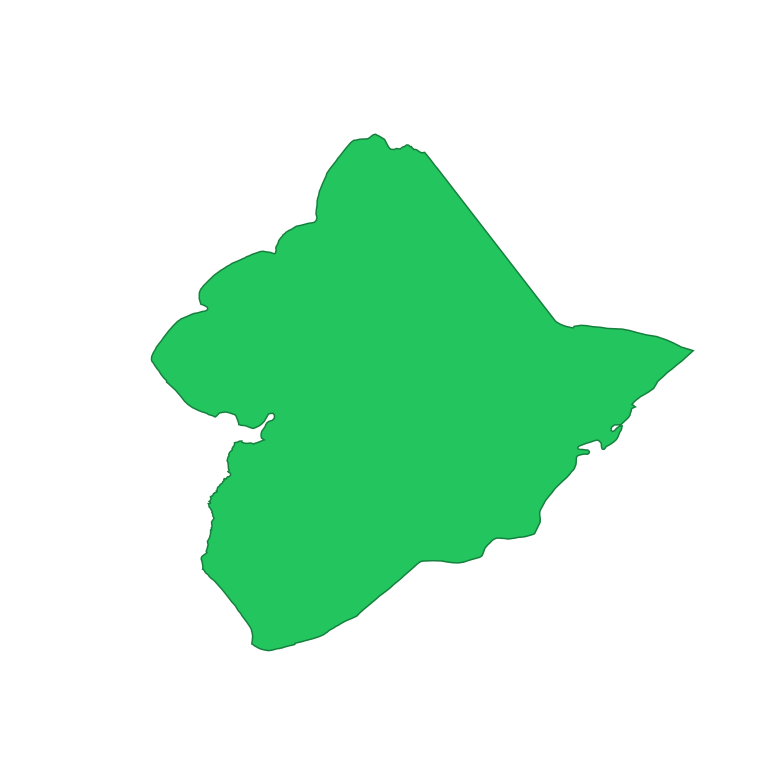 Prasat Sambour, Kâmpóng Thum, Cambodia, rotated 232°
{"feature_id": "14789045B86193170261556", "entity_name": "Prasat Sambour", "entity_type": "district", "adm_level": 2, "iso_a3": "KHM", "parent_name": "Cambodia", "parent_adm1": "Kâmpóng Thum", "projection": "natural_earth1", "projection_center": [105.145, 12.863], "detail": "fine", "context": "isolated", "style": "filled", "palette": "green", "viewbox_px": 768, "rotation_deg": 232, "n_neighbors": 0, "source": "geoboundaries", "source_scale": "gbopen_adm2", "svg_char_len": 6171}
<svg xmlns="http://www.w3.org/2000/svg" viewBox="0 0 768 768"><g transform="rotate(232 384 384)"><path d="M218.0,608.8L218.6,614.4L218.5,620.2L218.8,626.6L218.7,632.1L219.9,648.2L230.1,641.0L238.2,637.3L244.3,634.0L253.5,628.1L261.4,620.8L268.0,615.6L275.0,610.4L280.6,605.5L290.3,594.2L295.4,589.5L300.3,584.1L305.4,579.4L309.0,575.3L312.3,569.4L311.8,567.5L316.4,563.6L318.5,562.1L322.0,560.0L326.3,558.2L328.5,557.8L521.7,558.8L523.7,558.6L532.4,558.8L541.5,558.6L542.0,557.6L543.6,555.5L547.9,554.1L549.3,553.4L550.5,551.8L551.2,551.9L552.4,551.6L554.3,551.7L555.1,550.6L556.9,550.5L558.3,549.3L558.5,548.4L558.4,546.8L559.3,544.3L559.2,541.7L560.2,540.4L561.3,539.4L562.0,538.7L562.4,536.5L564.8,533.9L566.3,533.5L568.6,533.6L576.5,535.0L582.5,532.7L584.8,531.5L585.9,531.2L586.9,529.3L587.1,527.0L586.9,524.1L587.5,521.7L591.8,515.6L593.4,512.1L594.6,510.2L594.7,507.6L594.6,506.1L593.3,499.4L591.0,490.1L590.3,486.7L589.4,484.2L586.7,473.3L585.2,468.7L583.4,466.1L579.5,458.5L576.4,453.3L575.8,452.0L572.8,448.5L571.1,446.0L569.3,443.9L566.4,441.6L563.1,438.1L560.0,435.2L556.3,433.6L554.6,431.2L554.3,428.7L555.4,426.3L557.1,423.5L560.2,416.2L562.3,412.0L562.9,405.9L563.5,404.0L563.9,400.3L563.6,398.2L563.7,396.4L563.1,395.0L562.6,392.2L561.8,389.3L560.5,387.7L559.6,386.0L558.7,383.7L557.9,382.6L555.8,381.3L554.7,380.0L553.9,378.7L554.2,377.7L557.2,375.8L559.0,374.3L560.0,373.1L563.1,370.4L564.5,368.0L566.7,361.6L567.4,359.6L568.0,356.7L568.6,355.0L569.0,353.3L569.0,351.6L569.5,350.7L570.5,346.0L572.6,338.5L572.8,335.3L573.3,332.9L573.6,328.8L574.0,325.5L574.3,317.6L573.7,311.2L572.6,302.4L571.9,299.9L571.7,298.6L570.4,295.9L569.5,294.6L564.9,290.9L559.6,288.8L558.2,289.8L555.3,291.3L553.2,292.0L551.7,291.4L551.3,290.5L551.3,289.5L551.5,288.2L552.0,287.0L552.8,286.0L554.7,281.1L556.6,277.6L557.3,275.4L558.2,271.5L560.3,264.0L560.2,262.3L560.4,259.9L559.7,253.9L558.4,247.1L556.5,239.6L554.8,234.0L554.5,232.3L553.2,227.4L551.9,224.9L550.7,221.6L548.8,218.1L547.5,216.7L546.2,215.7L544.8,215.1L542.7,215.2L539.6,214.8L535.5,214.6L533.1,214.7L528.8,214.2L524.4,214.2L520.5,214.7L519.3,213.8L517.2,214.3L507.5,215.9L498.2,216.3L495.0,216.2L492.6,216.3L488.3,217.0L483.5,218.5L478.2,221.1L474.6,223.1L470.0,226.3L468.0,226.9L464.6,229.4L462.0,230.6L461.9,231.8L462.2,234.7L462.5,235.7L462.1,237.4L459.2,242.3L455.9,244.8L451.3,247.7L449.3,247.6L442.9,245.5L441.5,244.6L439.6,245.8L436.5,249.1L431.1,252.3L429.4,253.7L428.7,256.2L427.9,259.8L427.8,263.1L428.3,266.6L431.4,274.4L430.8,276.2L429.0,278.6L426.8,278.4L424.6,276.6L424.1,273.6L425.4,270.2L425.5,268.1L424.8,266.0L423.7,264.3L421.9,258.4L420.1,256.2L418.3,254.9L416.8,254.2L413.7,255.2L416.1,247.1L416.8,245.8L416.8,244.5L418.5,243.5L420.0,242.1L421.1,240.1L422.6,238.3L423.8,237.2L425.6,236.3L426.6,236.9L428.0,234.8L428.4,232.5L429.2,231.3L429.7,230.0L428.4,228.9L427.5,227.6L427.6,226.6L427.0,226.0L426.8,224.7L425.4,223.8L425.5,222.9L425.1,220.2L424.6,219.1L423.8,218.1L422.8,217.5L422.6,216.6L421.8,215.1L421.0,214.4L420.4,213.3L417.8,212.5L412.7,209.1L411.8,209.2L411.0,208.5L411.1,207.1L410.0,207.2L409.2,207.8L407.3,207.7L406.8,206.9L406.4,206.0L406.4,205.0L407.1,203.8L407.0,202.6L406.4,201.0L407.8,199.9L407.3,198.9L406.5,198.7L406.2,196.7L405.5,195.7L405.6,192.9L404.9,191.6L405.0,189.8L404.6,188.7L403.1,187.1L403.0,186.0L401.9,186.0L401.9,185.1L402.6,183.8L402.2,182.9L402.6,182.2L402.1,181.4L401.4,179.8L401.9,179.0L402.0,177.8L401.3,177.4L400.5,177.5L399.6,176.4L399.1,175.1L399.2,173.9L397.5,174.2L396.8,173.7L397.9,171.9L396.0,171.4L395.0,170.5L393.5,170.7L390.6,170.2L389.3,170.2L388.7,169.2L387.7,169.2L384.8,167.7L383.5,167.6L382.7,167.1L381.7,163.8L381.0,162.8L378.3,161.3L377.3,160.5L377.0,159.4L375.2,158.5L375.8,157.6L372.8,155.1L371.6,153.6L370.2,151.8L368.7,148.0L367.4,147.2L365.8,146.6L362.8,142.8L361.8,141.0L360.1,140.7L360.2,134.5L359.4,132.9L358.3,132.0L356.6,131.5L352.4,129.4L350.6,128.1L349.7,127.0L348.8,127.6L346.3,127.3L344.4,127.3L341.8,128.0L340.0,127.8L337.7,128.0L333.9,129.1L321.8,129.9L315.7,130.0L306.1,129.9L300.9,130.3L295.0,129.6L291.6,129.8L288.8,129.4L281.0,129.3L275.2,128.9L272.7,128.5L268.1,126.4L266.0,125.1L262.8,122.1L261.7,120.9L261.0,120.2L260.2,119.8L259.3,120.4L257.6,120.7L252.2,123.0L248.9,125.3L245.0,128.8L243.0,132.3L241.3,136.6L240.2,138.2L239.7,139.7L238.8,141.0L238.2,143.0L236.4,147.4L234.5,151.4L233.7,153.4L234.5,154.2L231.3,161.1L230.5,163.3L227.5,170.2L225.3,176.0L224.5,178.7L223.7,182.1L223.6,184.7L223.4,186.5L223.6,189.2L222.8,194.0L222.5,197.5L222.0,199.8L221.8,202.2L220.8,208.3L219.1,214.4L217.9,219.7L218.5,223.8L218.9,229.6L219.3,243.0L219.7,250.2L219.5,258.9L219.6,264.0L220.0,268.1L220.2,277.3L220.7,282.7L221.0,289.9L221.7,299.4L221.6,303.0L220.8,305.2L214.9,313.5L209.2,320.3L205.3,323.8L200.7,328.3L197.2,332.5L194.6,337.1L192.7,342.6L188.5,352.8L188.3,355.3L189.2,357.2L192.4,362.3L193.3,366.1L193.7,370.5L194.0,371.9L194.1,374.4L193.4,377.4L192.2,379.3L187.3,384.7L186.0,385.7L185.1,386.9L181.8,392.6L180.5,395.4L177.7,399.6L176.5,401.9L174.2,407.6L173.3,410.4L179.0,422.0L181.7,424.2L185.3,426.3L187.5,428.2L188.4,429.7L190.9,435.5L192.6,439.1L194.1,445.2L195.0,449.7L196.1,453.6L196.5,455.7L197.5,465.3L197.8,470.3L198.7,475.2L199.4,477.7L199.6,479.7L200.1,481.8L202.4,485.7L205.5,488.6L206.9,489.6L207.8,490.7L208.2,492.1L207.8,493.9L207.2,495.3L205.8,498.2L203.3,501.3L203.2,502.6L203.6,503.7L204.3,504.2L205.8,504.1L206.6,503.8L208.1,502.1L210.2,500.1L212.2,497.7L213.2,497.1L214.4,497.4L214.9,498.4L215.0,499.5L212.8,506.6L211.3,510.4L209.8,514.8L208.8,517.0L208.0,518.0L206.5,518.5L204.0,518.7L202.4,518.0L200.7,516.7L198.3,515.9L197.1,517.1L197.2,518.7L197.9,520.5L197.1,525.4L196.9,529.2L197.1,532.3L197.5,533.9L198.7,536.6L200.7,539.8L201.7,542.7L204.3,545.9L205.4,544.8L205.8,542.6L205.9,539.8L205.3,536.9L205.9,534.8L207.6,534.4L208.8,535.3L209.9,537.1L209.8,540.6L207.9,542.9L206.1,545.8L206.9,554.4L207.2,556.3L207.8,558.3L209.4,560.3L210.1,561.6L211.4,563.0L212.0,563.9L211.9,565.4L211.2,568.0L215.3,566.8L215.4,567.9L215.8,569.2L216.1,572.3L216.1,578.3L214.8,587.5L214.5,593.7L216.7,599.5L217.2,600.4L217.6,602.1L218.0,608.8Z" fill="#22c55e" stroke="#15803d" stroke-width="1.5"/></g></svg>